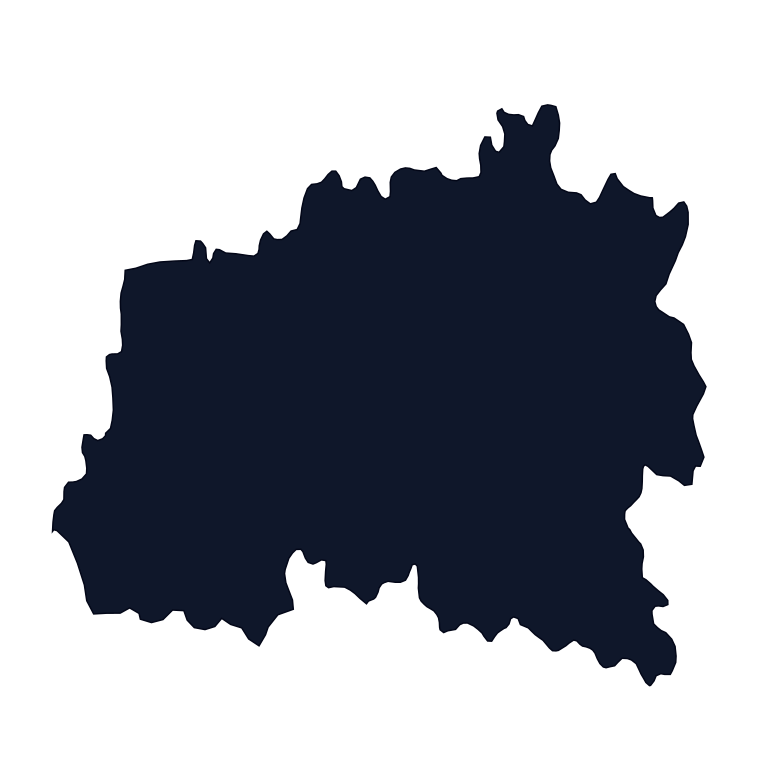 the district of Krupki, Minsk, Belarus, rotated 93°
{"feature_id": "67162791B85718992399445", "entity_name": "Krupki", "entity_type": "district", "adm_level": 2, "iso_a3": "BLR", "parent_name": "Belarus", "parent_adm1": "Minsk", "projection": "robinson", "projection_center": [29.17, 54.312], "detail": "fine", "context": "isolated", "style": "filled", "palette": "ink", "viewbox_px": 768, "rotation_deg": 93, "n_neighbors": 0, "source": "geoboundaries", "source_scale": "gbopen_adm2", "svg_char_len": 5596}
<svg xmlns="http://www.w3.org/2000/svg" viewBox="0 0 768 768"><g transform="rotate(93 384 384)"><path d="M613.7,462.8L604.5,464.1L593.1,469.2L587.6,471.6L578.5,473.4L574.4,473.0L563.0,469.9L557.5,466.5L553.8,463.1L553.4,458.3L555.7,456.2L562.0,453.4L566.1,450.4L567.5,445.5L566.1,442.5L562.9,437.3L563.4,432.8L567.0,432.2L574.3,432.5L583.4,432.5L588.5,431.5L590.3,428.7L588.9,423.6L588.9,417.4L588.9,412.6L591.6,406.8L594.8,402.0L599.3,396.8L604.4,390.0L601.6,388.2L599.2,383.0L597.5,381.3L592.2,379.1L587.8,378.2L583.8,375.8L582.3,373.4L580.8,369.7L581.4,362.2L581.1,357.2L578.8,352.3L574.1,349.9L570.3,348.8L566.8,347.5L563.0,346.4L562.1,343.3L564.2,341.2L569.7,340.3L575.3,339.4L581.7,339.0L586.0,339.0L595.7,337.4L598.9,335.5L601.8,332.4L604.1,329.5L606.1,325.6L607.9,322.3L611.4,319.2L614.6,317.3L619.2,316.2L624.2,315.7L626.5,315.1L629.1,311.4L627.1,307.4L626.2,303.5L625.3,299.7L620.4,295.8L618.6,292.3L618.3,288.1L620.9,281.8L624.1,277.2L627.6,273.0L630.5,271.1L635.2,267.1L635.2,263.0L630.5,260.3L626.7,257.7L624.4,254.9L621.8,251.4L620.9,249.4L617.1,246.6L611.8,245.3L609.8,242.4L611.2,237.8L617.1,235.2L620.0,227.1L623.2,223.6L626.4,219.9L629.3,215.5L631.6,211.8L638.9,205.0L641.5,201.8L641.5,198.3L640.9,195.9L635.9,188.7L633.0,185.6L629.8,181.2L630.4,178.0L633.6,174.7L635.3,172.1L635.9,168.3L637.1,164.4L638.8,161.6L641.7,159.2L647.2,156.6L651.9,153.7L655.1,150.2L655.7,147.4L654.5,143.5L653.3,138.9L649.8,136.0L645.4,131.9L645.4,126.5L646.6,122.5L650.1,117.5L656.2,114.2L660.2,112.1L664.9,109.0L668.4,106.8L671.3,103.1L671.2,102.7L671.0,102.0L666.3,98.8L661.1,97.0L658.8,92.4L659.3,88.5L659.0,82.9L655.2,81.1L646.8,78.1L640.4,78.1L630.8,79.6L623.8,83.3L617.6,89.6L615.7,94.4L613.0,98.2L609.4,102.2L599.8,104.3L596.2,104.6L591.7,101.6L591.2,98.2L591.6,93.7L589.4,89.0L585.3,89.3L579.8,94.1L576.2,99.2L571.7,105.0L569.8,107.0L565.8,112.1L563.9,115.9L555.3,116.9L549.8,116.9L543.0,115.9L536.2,116.5L530.3,119.3L528.5,121.3L520.0,128.9L516.5,131.0L515.0,132.8L512.1,134.1L506.6,136.7L501.4,136.9L498.5,136.7L497.0,135.8L494.7,133.7L492.6,131.3L489.1,128.4L486.2,125.8L483.3,123.4L479.2,121.7L474.9,121.0L467.6,121.0L462.1,121.2L455.4,121.2L452.7,120.6L451.0,119.0L452.4,116.0L460.2,106.9L460.9,100.6L460.9,93.1L465.2,84.6L469.5,78.7L468.0,71.3L454.5,70.8L449.6,68.6L449.6,63.9L440.3,60.7L433.4,63.4L425.2,66.8L418.9,69.6L409.3,72.3L402.5,74.0L398.4,74.0L389.8,70.6L377.1,64.5L369.8,62.4L365.2,65.1L358.4,69.9L349.8,75.3L343.4,78.4L336.6,79.1L326.6,79.1L318.4,82.5L308.9,87.9L302.9,97.8L302.0,102.6L298.8,108.0L295.6,113.5L292.5,116.2L287.5,117.9L281.5,116.9L275.6,112.8L269.3,107.7L259.3,105.0L245.6,99.5L237.5,97.1L229.3,93.4L221.1,90.7L208.8,88.6L196.6,89.3L190.6,91.0L186.5,94.1L187.9,99.2L193.4,103.6L197.4,107.7L202.9,114.2L203.3,117.6L201.5,121.3L194.2,124.7L186.5,125.4L184.0,125.8L184.1,128.5L182.8,137.5L180.7,144.3L177.7,149.8L174.3,155.4L166.8,161.9L161.8,164.1L162.7,168.3L167.9,171.0L178.8,175.5L186.3,178.5L191.3,181.4L193.3,187.4L189.7,192.8L184.7,197.1L183.1,201.7L182.9,210.1L180.3,217.4L175.3,221.8L166.9,225.4L159.4,228.8L152.6,230.3L146.2,230.3L141.7,228.8L137.2,225.7L129.7,222.8L121.7,222.3L114.2,222.3L106.3,224.0L98.1,226.9L97.0,231.9L96.7,235.3L98.3,240.9L105.1,244.1L112.4,246.9L118.5,249.3L117.3,254.0L113.5,257.1L109.6,258.6L108.0,263.8L108.5,268.4L108.2,273.7L106.4,278.3L103.0,280.7L105.5,284.8L107.7,285.4L114.3,283.9L120.7,279.0L128.0,276.4L135.9,276.4L140.7,276.7L146.6,281.2L145.7,284.8L139.8,288.9L132.0,290.7L132.0,296.2L140.7,300.0L148.8,301.0L154.1,300.3L160.4,298.8L167.7,298.2L172.0,299.8L173.6,305.9L174.0,311.7L174.9,318.1L177.2,322.0L177.0,327.1L175.6,331.9L172.6,337.0L170.4,338.2L165.1,343.2L167.2,349.0L169.4,354.8L168.7,364.9L167.3,369.5L167.1,374.0L168.5,378.8L172.1,384.2L176.9,387.5L182.3,388.3L191.4,387.6L196.6,387.8L199.4,392.4L196.9,396.7L191.4,400.3L185.9,403.2L182.1,405.8L178.9,408.9L178.4,413.8L180.7,418.3L189.3,421.9L192.5,426.2L191.1,434.1L189.1,436.4L184.3,437.1L178.4,439.7L174.0,443.3L174.2,447.2L177.7,450.8L182.2,453.9L185.8,457.0L187.6,461.3L188.5,466.8L192.9,470.6L202.4,473.6L212.4,475.2L222.7,475.9L228.1,476.2L234.3,478.8L236.1,484.8L241.1,488.7L245.0,493.4L245.4,498.2L244.9,501.6L243.3,503.1L240.2,505.9L237.6,509.0L240.4,512.2L246.7,514.8L252.4,515.8L256.1,515.8L260.2,516.7L263.1,520.5L262.9,526.1L261.7,538.7L261.5,549.0L258.5,555.3L258.3,558.6L262.6,561.0L267.2,561.5L272.2,564.4L268.1,567.9L257.3,569.3L253.3,572.3L250.9,574.7L250.8,579.3L255.5,580.4L262.9,580.9L269.7,582.0L271.1,587.6L272.2,599.7L273.9,614.2L276.8,626.3L281.4,637.9L284.0,648.4L285.7,648.4L293.1,648.4L299.9,649.7L307.0,651.3L315.2,651.6L322.0,651.1L328.0,650.0L338.7,649.4L345.1,649.4L353.0,647.6L359.0,647.0L365.4,647.8L367.9,651.6L368.3,657.2L369.0,659.7L371.5,662.6L375.4,662.6L382.9,661.8L391.1,658.3L401.4,655.4L412.1,654.0L424.2,652.9L434.5,653.5L442.7,654.8L447.7,659.4L450.2,659.4L453.4,662.1L455.5,666.9L453.7,671.0L450.5,674.2L450.2,678.0L450.5,680.9L455.5,681.5L463.0,682.3L468.3,681.5L471.9,679.0L476.2,677.7L483.6,676.4L489.3,676.4L494.7,680.7L497.5,686.1L498.3,689.8L498.6,693.9L504.0,697.6L508.2,697.9L516.1,697.6L520.0,699.8L524.3,703.8L527.8,706.3L531.8,706.8L539.2,707.3L543.5,707.3L548.5,707.3L546.8,706.1L547.5,702.9L558.2,690.5L578.9,680.8L600.3,672.7L616.0,669.5L628.8,661.9L627.4,649.0L626.6,635.5L626.4,635.1L620.9,626.3L625.9,616.6L631.6,615.0L634.4,603.7L630.8,592.4L620.8,583.3L620.8,572.0L630.1,568.2L637.2,560.7L638.6,549.9L635.0,540.2L626.5,533.8L632.1,524.6L635.0,513.3L645.7,505.8L652.0,495.1L640.6,489.2L632.8,487.0L620.0,477.9L613.7,462.8Z" fill="#0f172a" stroke="#020617" stroke-width="1.5"/></g></svg>